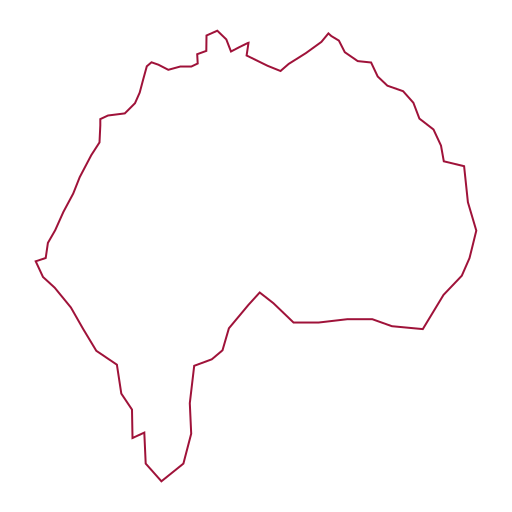 the district of Choulou, Paphos, Cyprus
{"feature_id": "46923920B92618360089524", "entity_name": "Choulou", "entity_type": "district", "adm_level": 2, "iso_a3": "CYP", "parent_name": "Cyprus", "parent_adm1": "Paphos", "projection": "equal_earth", "projection_center": [32.556, 34.871], "detail": "fine", "context": "isolated", "style": "outline", "palette": "rose", "viewbox_px": 512, "rotation_deg": 0, "n_neighbors": 0, "source": "geoboundaries", "source_scale": "gbopen_adm2", "svg_char_len": 1160}
<svg xmlns="http://www.w3.org/2000/svg" viewBox="0 0 512 512"><path d="M100.3,119.1L100.3,125.5L99.5,142.4L91.3,155.1L79.7,177.2L73.2,193.6L63.4,211.9L55.2,230.2L47.9,242.9L45.7,258.0L35.7,261.3L43.0,277.0L54.7,287.7L70.9,307.5L83.1,328.9L96.3,350.8L116.9,364.7L121.3,393.6L132.0,409.6L132.5,438.0L144.3,432.6L145.7,463.6L160.9,480.7L161.4,481.3L183.4,463.6L191.2,433.7L189.8,403.2L194.2,365.8L211.8,359.3L222.5,350.3L228.9,328.3L248.5,304.8L259.7,292.5L273.4,303.2L293.5,322.5L318.9,322.5L347.3,319.2L372.3,319.2L391.9,326.2L422.8,329.1L440.3,300.2L443.5,294.9L461.8,275.7L469.5,258.1L471.9,248.5L476.3,230.6L467.9,202.2L464.1,166.2L443.8,161.3L441.0,145.6L433.5,129.5L419.4,118.6L413.4,102.8L403.1,91.2L387.4,85.7L377.7,76.5L371.1,62.5L357.7,61.1L344.8,52.2L338.9,40.6L331.4,36.1L328.4,33.4L321.4,41.9L305.9,53.1L288.7,63.9L280.5,71.0L267.6,65.8L246.6,55.5L248.5,42.8L247.8,43.0L239.6,47.0L231.0,51.5L226.3,39.4L217.3,30.7L206.5,35.5L206.3,50.9L197.2,54.2L197.7,63.5L191.4,66.5L180.4,66.5L168.3,69.8L158.4,64.7L151.5,62.3L146.8,66.3L143.2,79.4L139.7,92.6L135.0,103.2L124.8,113.4L108.0,115.5L100.3,119.1Z" fill="none" stroke="#9f1239" stroke-width="2"/></svg>